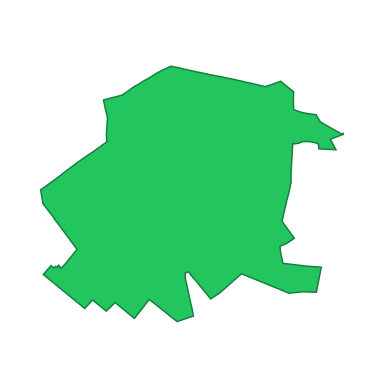 Graniceri, Arad, Romania (Albers equal-area conic projection), rotated 84°
{"feature_id": "2599482B49577309297154", "entity_name": "Graniceri", "entity_type": "district", "adm_level": 2, "iso_a3": "ROU", "parent_name": "Romania", "parent_adm1": "Arad", "projection": "albers", "projection_center": [21.31, 46.505], "detail": "fine", "context": "isolated", "style": "filled", "palette": "green", "viewbox_px": 384, "rotation_deg": 84, "n_neighbors": 0, "source": "geoboundaries", "source_scale": "gbopen_adm2", "svg_char_len": 2709}
<svg xmlns="http://www.w3.org/2000/svg" viewBox="0 0 384 384"><g transform="rotate(84 192 192)"><path d="M203.0,332.5L206.9,330.2L210.5,328.0L212.7,326.7L214.9,325.4L220.0,322.4L229.3,316.9L237.0,312.3L249.7,325.0L254.3,330.1L250.9,332.2L252.7,334.6L251.7,335.5L253.1,337.4L250.5,339.9L258.5,348.5L296.7,310.8L289.0,302.2L301.5,289.7L293.9,280.0L311.7,262.5L294.4,245.7L319.3,220.4L315.5,203.5L308.5,204.1L298.9,205.3L286.2,206.6L277.0,207.7L271.7,207.1L271.1,203.7L276.8,200.3L280.6,197.5L292.5,189.7L300.3,184.6L294.7,174.0L293.5,172.4L288.8,165.8L278.9,152.0L279.1,150.2L302.8,106.1L302.8,92.5L304.7,78.8L292.7,75.1L286.5,73.2L281.3,71.6L280.3,71.2L279.8,74.1L277.7,85.7L273.6,103.9L272.5,109.0L261.3,110.2L255.2,110.2L253.0,103.1L251.9,101.0L248.7,95.1L230.5,105.5L217.3,101.0L213.4,99.7L211.0,98.9L203.7,96.0L192.8,92.5L184.0,91.6L178.5,90.7L154.2,86.7L154.5,86.0L154.8,85.3L154.8,83.3L154.6,80.4L153.8,78.4L153.5,75.8L153.8,72.8L154.3,69.5L155.3,66.1L156.5,62.8L157.4,61.6L158.5,61.1L162.3,61.4L162.4,61.1L165.0,44.4L154.0,48.9L150.5,35.6L149.6,35.5L149.7,35.8L149.9,37.2L147.2,41.0L144.6,44.8L142.2,48.0L139.9,51.2L137.9,54.0L135.6,57.0L132.6,58.5L130.1,59.7L128.2,60.3L128.0,61.0L127.3,64.1L126.4,67.4L125.5,70.9L124.4,74.5L122.6,78.4L120.7,82.2L120.1,82.3L118.5,82.1L114.9,81.9L111.6,81.6L108.5,81.2L105.8,80.8L102.9,80.5L100.0,83.4L97.3,86.2L94.6,88.8L94.2,89.1L92.9,90.5L91.8,91.6L91.1,92.2L92.0,95.8L92.7,98.9L93.5,101.4L93.9,103.9L94.6,106.6L94.8,108.1L94.4,109.4L93.5,112.4L92.4,115.4L91.4,118.0L90.6,120.0L90.2,121.2L89.3,124.3L88.1,128.0L86.7,131.8L85.7,134.8L84.0,139.7L83.1,142.6L82.2,145.8L81.1,148.8L80.2,151.9L79.9,152.8L79.4,154.6L78.3,158.0L77.3,161.6L76.2,164.6L75.8,165.9L74.9,168.8L73.9,171.8L73.1,174.5L71.7,178.8L70.5,182.3L69.4,185.7L68.2,189.1L66.7,193.0L65.9,196.2L64.7,199.8L65.3,201.6L66.5,204.9L66.9,206.1L67.6,208.5L69.0,212.1L70.8,216.1L72.6,219.7L74.5,223.5L75.9,227.1L77.5,230.6L78.9,233.2L80.6,237.4L82.6,241.2L83.0,241.8L84.8,244.9L86.6,248.2L88.3,251.3L88.8,254.4L89.4,258.1L89.8,261.1L90.2,263.9L90.6,266.0L91.1,269.7L91.3,270.4L94.2,270.1L97.2,269.8L100.3,269.5L105.1,268.8L110.0,268.3L114.3,269.2L117.3,269.6L121.0,270.3L124.6,271.0L126.1,271.1L129.9,271.3L133.3,271.5L134.7,274.1L136.2,276.8L137.8,279.4L139.2,282.1L140.1,283.4L142.5,287.8L144.8,292.3L145.6,293.7L147.2,296.6L148.9,299.6L150.8,303.2L152.5,306.0L154.2,308.7L155.9,311.6L157.7,314.7L159.4,317.5L161.2,320.2L161.4,320.5L162.2,321.7L163.5,324.0L164.8,326.2L166.4,328.8L168.1,331.9L169.6,334.4L171.2,337.3L173.6,341.3L173.7,342.1L173.9,342.3L175.1,342.2L179.4,342.0L187.1,341.5L188.5,341.2L190.7,339.8L194.3,337.6L202.1,332.7L203.0,332.5Z" fill="#22c55e" stroke="#15803d" stroke-width="1.5"/></g></svg>